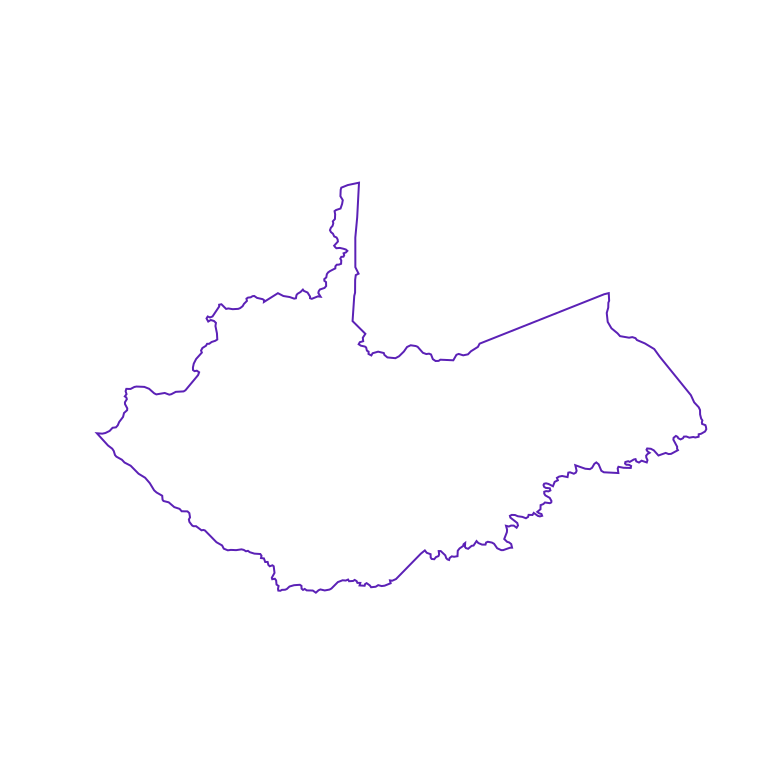 the district of Rondonópolis, Mato Grosso, Brazil, rotated 249°
{"feature_id": "56859067B39201952923090", "entity_name": "Rondonópolis", "entity_type": "district", "adm_level": 2, "iso_a3": "BRA", "parent_name": "Brazil", "parent_adm1": "Mato Grosso", "projection": "robinson", "projection_center": [-54.671, -16.573], "detail": "fine", "context": "isolated", "style": "outline", "palette": "violet", "viewbox_px": 768, "rotation_deg": 249, "n_neighbors": 0, "source": "geoboundaries", "source_scale": "gbopen_adm2", "svg_char_len": 6165}
<svg xmlns="http://www.w3.org/2000/svg" viewBox="0 0 768 768"><g transform="rotate(249 384 384)"><path d="M370.5,617.4L374.9,620.7L379.5,622.6L381.0,624.0L388.3,626.4L388.9,621.7L387.4,487.7L385.0,485.0L383.4,476.9L381.6,473.0L382.4,468.2L385.3,464.5L385.3,462.1L381.3,457.2L386.5,445.3L386.0,443.3L387.0,440.4L389.7,438.5L394.7,438.5L396.2,436.9L396.8,434.2L399.2,431.5L406.7,428.7L408.1,427.2L410.6,422.8L410.3,418.8L407.2,414.2L404.5,408.0L404.0,403.9L407.6,396.7L411.0,394.8L413.0,394.9L416.3,390.1L416.8,384.4L415.2,382.4L417.6,380.3L419.7,381.2L421.3,380.0L424.5,380.4L425.8,379.6L428.1,376.1L430.2,374.6L431.7,376.4L431.4,379.9L434.8,380.8L437.5,384.6L454.0,377.2L476.9,387.8L479.6,389.7L491.6,394.4L495.8,396.7L496.1,399.8L503.3,399.1L531.0,409.7L549.2,418.7L580.9,432.8L582.7,421.5L582.6,414.5L580.9,413.2L574.9,410.6L570.4,411.4L567.1,409.4L563.4,406.3L563.6,401.6L563.1,399.8L559.9,399.2L555.6,397.3L554.2,394.5L552.3,394.3L550.1,392.7L548.9,390.4L547.0,388.7L544.8,388.9L542.6,390.2L539.6,390.4L537.8,392.2L535.6,392.5L533.5,392.0L531.0,387.0L529.5,387.4L527.8,388.2L526.9,391.5L524.8,394.6L523.2,396.6L521.4,397.5L520.5,395.6L520.5,393.1L518.5,393.0L517.4,391.8L518.0,389.7L516.7,388.1L514.7,388.4L511.6,387.0L511.6,384.8L512.3,382.6L511.3,380.8L509.4,380.0L508.8,374.3L508.2,371.8L507.0,370.0L504.2,368.3L503.3,365.8L501.7,365.3L499.9,366.4L496.2,365.1L495.0,362.9L495.2,358.0L494.0,356.3L492.5,355.3L488.2,356.1L489.5,353.6L489.4,347.1L490.6,345.7L492.2,346.3L496.8,345.4L499.7,342.5L501.2,342.1L499.8,339.0L499.2,335.6L498.3,334.1L495.6,332.5L495.9,330.7L499.0,327.1L502.2,321.6L506.8,317.5L503.6,301.3L505.2,302.1L506.7,301.1L509.9,296.3L512.7,294.4L513.1,292.7L512.7,290.6L513.4,288.0L513.0,286.2L510.7,285.8L509.0,282.0L507.3,279.9L506.4,276.9L506.4,274.8L508.1,269.5L510.3,265.8L510.7,263.5L516.7,260.8L517.1,258.5L515.4,257.9L508.5,248.1L508.5,245.4L510.2,243.6L508.8,241.8L505.3,242.3L505.8,245.2L503.7,247.9L501.3,249.0L498.5,247.4L491.2,246.2L485.3,244.3L484.8,242.0L485.0,238.1L484.2,235.3L484.9,233.2L483.5,231.5L482.7,227.4L480.8,225.2L478.6,225.2L474.7,217.6L471.2,213.7L467.8,211.5L465.5,210.7L463.9,211.7L463.5,214.0L461.2,215.6L459.0,213.7L449.3,196.4L448.9,194.3L451.3,186.8L450.7,181.8L451.0,179.7L454.2,176.1L455.9,167.7L457.7,166.1L463.7,163.0L467.2,159.2L470.3,152.1L470.7,149.9L470.2,145.6L471.8,141.7L469.9,140.2L466.8,140.0L465.3,137.6L463.8,138.6L462.0,138.5L459.8,135.6L458.1,135.0L453.3,135.6L451.6,134.8L450.1,130.9L446.8,128.6L443.4,123.1L440.8,120.6L439.6,118.2L440.4,114.9L438.5,111.0L438.1,106.3L438.6,103.2L440.9,98.3L425.5,104.3L421.0,107.1L418.3,107.7L414.1,107.4L412.1,108.1L407.2,112.2L403.7,113.6L398.5,118.2L388.2,122.7L382.1,127.4L375.4,129.8L367.1,131.3L364.2,132.8L359.2,136.9L355.3,135.8L353.8,136.2L350.7,140.6L344.2,144.1L340.7,148.4L337.7,149.5L335.5,154.9L333.2,156.0L329.0,155.1L327.5,153.3L325.0,152.9L320.6,154.2L319.5,155.2L318.6,157.6L312.8,161.2L312.5,163.0L311.5,164.3L296.3,170.9L291.3,175.0L287.7,175.4L284.7,178.6L284.0,181.6L281.9,186.4L280.7,191.7L279.4,193.6L277.3,195.2L277.0,197.2L275.1,198.4L272.1,202.2L269.6,207.6L267.6,208.1L265.6,206.8L264.2,209.4L260.4,209.3L259.6,211.6L256.6,211.2L254.8,212.0L254.7,214.9L253.4,215.7L246.9,214.1L243.3,209.8L241.8,209.7L241.3,212.3L239.3,212.9L235.3,211.8L233.2,213.2L230.7,211.6L229.0,211.3L228.1,213.2L228.4,214.9L227.4,217.9L227.4,219.7L228.8,223.2L228.4,227.9L226.7,233.5L225.1,234.6L222.5,233.7L220.8,234.6L221.1,236.5L219.0,237.9L216.7,243.5L213.6,245.6L214.9,249.0L215.0,251.0L212.5,254.7L211.6,259.5L211.9,261.6L215.6,269.9L215.6,275.0L214.2,277.9L214.3,280.4L212.4,280.7L211.2,284.6L211.6,286.4L209.8,287.8L207.9,287.9L206.8,290.6L204.7,289.0L202.6,293.6L204.0,294.7L204.3,296.4L201.0,298.6L198.9,299.1L197.7,303.6L198.3,306.5L196.2,309.4L195.5,312.3L195.6,318.8L198.5,319.2L197.4,321.2L197.6,325.3L212.4,357.6L214.0,362.5L211.1,363.4L208.4,366.5L205.3,365.4L203.6,365.8L202.4,368.1L203.8,370.6L203.8,373.1L205.1,374.4L208.4,375.2L207.7,377.1L202.1,379.8L199.1,379.7L197.5,380.4L196.4,381.7L198.1,383.0L198.8,385.5L197.6,387.5L196.9,390.9L201.9,393.1L203.4,395.6L204.4,399.8L205.9,400.9L206.5,402.8L203.0,401.2L201.4,401.7L200.0,403.5L201.5,407.8L201.1,409.7L204.2,414.1L201.7,415.1L198.9,418.0L197.7,421.2L199.4,422.5L199.5,424.4L197.3,427.9L195.4,429.5L190.1,430.8L186.9,433.9L186.2,435.7L186.0,442.9L185.3,444.9L189.0,445.4L191.3,444.0L192.5,442.4L196.2,440.7L201.6,445.6L203.9,446.7L207.9,447.1L206.2,449.5L206.3,451.9L205.3,454.4L202.3,456.3L203.9,458.4L206.5,458.6L214.0,454.1L215.8,454.3L216.0,456.4L214.7,459.4L212.6,461.5L210.4,465.5L207.8,468.4L208.3,470.9L210.0,472.1L208.5,475.7L210.0,477.6L205.7,480.4L204.5,482.1L204.3,484.4L206.2,484.4L207.8,482.4L209.7,481.3L211.0,485.2L214.8,486.8L214.8,489.7L215.7,491.8L213.3,496.1L213.5,497.7L214.8,498.4L218.3,497.9L222.2,494.7L224.2,494.3L226.0,495.0L225.9,497.0L224.8,499.1L225.0,501.2L227.2,501.4L229.1,497.7L230.7,496.6L232.5,496.7L233.5,497.8L233.2,499.7L231.8,501.7L228.0,505.1L231.5,508.3L231.8,511.8L234.4,511.8L234.8,514.3L234.3,517.3L231.3,522.0L235.2,524.3L234.9,526.0L232.2,529.1L232.5,531.3L233.9,532.7L239.6,533.5L232.8,541.5L230.7,545.7L231.2,548.2L234.1,551.8L234.7,554.1L232.1,555.6L225.1,555.8L222.8,557.6L216.9,570.9L221.4,571.9L222.7,573.2L219.9,577.7L217.2,584.3L218.9,585.3L220.8,583.7L221.8,581.3L223.3,580.5L224.7,581.4L224.4,584.3L223.2,585.5L224.0,590.2L223.7,591.9L221.4,591.8L219.3,593.9L220.1,597.0L216.6,601.2L218.5,602.7L221.3,602.5L223.2,603.1L224.2,605.0L224.6,607.3L226.6,605.9L228.5,605.5L229.5,606.6L227.9,609.9L225.4,612.1L218.9,614.6L218.7,622.3L216.6,624.6L215.9,627.0L216.9,634.7L218.5,634.4L220.4,635.2L228.3,634.2L230.0,635.1L230.9,637.9L229.5,639.1L227.9,639.3L226.0,641.0L226.2,643.6L227.4,645.2L226.6,647.5L224.5,649.8L223.7,653.7L222.5,655.5L222.0,658.8L224.3,659.8L223.9,662.2L224.6,666.7L226.3,668.7L228.6,669.2L230.4,669.3L232.7,666.7L234.3,667.0L235.9,668.2L238.0,667.7L242.3,668.2L246.4,669.7L249.5,669.5L255.7,667.0L263.6,666.5L310.7,651.2L319.8,648.8L328.4,642.1L334.4,635.9L336.7,635.2L338.8,632.6L339.4,629.4L344.1,621.5L347.6,620.2L354.5,616.3L361.8,615.1L370.5,617.4Z" fill="none" stroke="#5b21b6" stroke-width="2"/></g></svg>